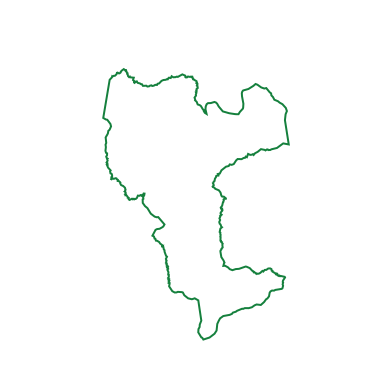 Lupososhi, Northern, Zambia, rotated 297°
{"feature_id": "96606910B11970238956391", "entity_name": "Lupososhi", "entity_type": "district", "adm_level": 2, "iso_a3": "ZMB", "parent_name": "Zambia", "parent_adm1": "Northern", "projection": "orthographic", "projection_center": [29.571, -10.656], "detail": "fine", "context": "isolated", "style": "outline", "palette": "green", "viewbox_px": 384, "rotation_deg": 297, "n_neighbors": 0, "source": "geoboundaries", "source_scale": "gbopen_adm2", "svg_char_len": 6083}
<svg xmlns="http://www.w3.org/2000/svg" viewBox="0 0 384 384"><g transform="rotate(297 192 192)"><path d="M278.3,256.6L298.2,242.2L303.8,240.1L307.2,239.8L309.5,237.4L311.3,232.7L311.4,229.5L311.9,227.4L311.6,223.5L313.4,221.0L314.1,218.9L315.8,217.7L316.1,216.0L318.3,211.0L317.0,209.4L316.6,206.2L317.3,201.6L317.1,199.6L314.4,198.5L309.4,195.5L305.7,191.5L304.4,191.2L302.7,191.5L300.0,193.1L294.0,197.7L290.6,199.2L289.4,199.5L285.1,198.3L282.4,198.1L281.0,195.2L279.1,189.5L277.8,182.9L280.3,177.0L282.1,174.3L282.6,172.7L282.4,171.1L279.8,168.4L278.4,165.9L276.9,165.2L274.5,165.4L271.9,166.4L268.2,169.5L268.4,167.4L269.5,165.7L270.4,165.4L270.5,164.3L272.6,161.0L272.9,159.5L272.6,157.3L274.5,155.2L275.1,153.1L275.5,153.1L277.3,151.4L279.7,151.8L280.4,151.2L281.9,151.0L282.7,150.1L283.4,150.6L284.5,149.6L285.0,149.9L286.1,149.3L287.3,149.9L288.7,148.9L288.9,148.1L289.8,148.2L290.6,147.3L291.0,147.6L291.6,146.9L291.4,146.4L292.0,146.4L292.8,145.7L293.0,142.4L293.4,141.9L293.1,141.6L294.8,140.0L294.1,139.4L294.4,138.7L293.6,137.9L293.1,136.0L292.1,135.7L291.7,134.5L291.3,134.5L291.3,134.0L292.6,133.2L292.4,130.0L288.1,127.1L288.0,126.2L286.8,125.1L285.7,123.2L285.9,121.3L283.9,121.3L283.4,119.6L281.8,119.3L282.0,119.0L280.1,117.7L278.8,115.7L277.2,114.4L273.8,113.4L272.8,112.2L271.5,112.2L270.8,110.6L269.4,109.7L268.4,108.4L268.6,107.4L267.7,106.3L266.7,105.8L265.7,104.3L266.0,103.1L264.3,100.1L265.3,98.4L264.9,97.5L265.1,96.4L264.6,94.0L265.5,92.6L264.6,92.0L264.6,91.5L263.2,91.3L263.3,90.6L264.7,90.0L265.0,88.6L267.4,88.2L266.1,84.8L266.6,84.2L265.8,83.7L266.3,82.3L268.3,80.8L268.0,80.5L269.2,79.5L269.5,78.3L270.1,78.4L270.7,77.8L270.2,76.8L270.5,75.4L268.5,74.4L266.9,73.9L266.2,74.2L264.9,73.6L264.5,73.1L264.6,71.5L264.1,71.0L262.6,71.3L260.5,70.5L259.8,69.3L258.7,68.8L258.8,68.4L257.7,68.6L254.6,67.7L217.7,79.3L217.5,82.3L217.9,83.7L215.6,88.4L213.7,90.1L210.1,90.3L208.5,89.7L205.9,90.5L201.4,90.3L196.8,93.3L194.9,93.5L192.9,94.9L189.4,96.2L187.9,97.6L187.9,98.8L186.2,99.6L184.6,99.5L183.5,100.7L183.4,101.6L182.8,101.4L181.6,102.6L179.4,102.5L179.2,103.6L178.5,103.6L178.0,104.3L177.6,103.8L175.6,106.2L174.3,109.7L173.3,109.6L171.6,110.9L171.7,112.1L170.7,113.2L169.7,113.7L169.1,113.4L168.3,113.6L168.3,114.1L166.8,114.1L166.8,114.6L168.1,115.0L168.2,116.3L169.6,117.7L169.8,118.5L169.2,119.4L169.2,120.4L168.1,120.8L168.5,122.1L167.9,123.9L167.0,124.2L166.0,125.7L166.1,128.0L165.7,129.1L165.3,128.9L165.7,129.3L165.4,130.3L163.8,131.8L163.2,131.6L162.1,132.3L161.8,132.0L161.4,133.1L160.2,133.4L160.1,133.9L159.7,133.7L159.7,134.2L158.9,134.3L159.2,135.1L158.9,136.0L158.5,136.9L157.7,137.3L158.0,138.3L156.7,139.0L156.6,140.0L158.8,141.6L158.6,142.5L159.3,142.9L159.2,143.8L159.9,144.1L160.2,145.0L161.7,145.6L164.2,145.4L164.7,146.8L165.8,147.5L165.7,149.1L166.2,148.8L166.3,149.4L167.0,149.2L167.3,149.7L168.7,149.6L169.0,150.4L167.5,150.9L165.2,150.8L163.8,151.8L163.0,151.4L159.9,153.1L158.1,156.5L157.4,159.6L154.0,165.1L153.1,169.9L153.5,172.1L154.3,173.3L150.6,182.2L148.3,182.1L147.2,181.6L144.5,179.8L143.1,177.7L141.7,176.7L135.1,176.6L135.1,178.3L133.5,179.8L133.7,180.6L132.3,181.9L132.7,183.1L132.5,185.5L131.6,187.0L131.2,189.3L130.1,189.9L130.4,190.2L130.0,190.2L129.9,190.8L130.4,191.1L128.0,193.0L127.7,193.9L126.3,194.7L123.4,197.8L123.0,199.1L120.5,199.1L119.3,200.5L118.8,200.3L117.7,201.1L117.0,201.0L116.7,202.0L116.0,202.0L115.4,202.5L115.5,203.2L114.7,204.4L113.8,203.6L113.2,204.2L113.3,205.1L112.7,205.7L111.5,205.4L109.9,207.4L107.6,208.3L107.7,208.9L105.8,209.9L104.5,209.7L104.1,211.1L103.3,210.8L102.9,211.9L102.0,211.6L101.3,212.9L100.3,212.5L100.1,213.7L97.6,214.4L94.7,219.4L94.6,222.2L95.5,223.8L96.6,224.7L98.2,228.5L98.3,229.5L96.5,232.0L95.5,236.8L96.4,240.6L98.5,242.7L98.3,246.8L81.6,258.7L77.4,259.1L75.1,260.1L72.8,260.0L69.8,261.3L66.7,266.3L66.8,267.3L65.7,269.1L70.3,273.7L75.9,276.4L79.7,276.8L86.0,274.4L89.6,274.3L92.2,274.4L95.7,276.2L99.6,281.3L101.5,282.9L103.1,283.2L105.2,285.4L106.5,286.0L110.8,289.7L111.0,290.5L112.6,291.9L114.2,295.2L116.5,297.7L119.4,299.2L121.1,300.6L122.6,304.6L126.7,306.2L130.0,306.7L131.3,307.5L134.0,308.0L137.6,306.9L139.1,307.1L140.5,308.0L141.4,309.9L142.6,310.7L146.4,315.9L147.2,316.3L149.9,315.7L150.8,314.7L152.7,314.3L153.0,313.7L154.4,313.3L158.1,313.7L158.5,313.1L157.4,308.9L157.0,308.7L157.2,307.7L156.6,307.5L156.6,305.9L157.4,305.7L157.9,304.9L157.8,304.5L157.4,304.6L156.8,304.0L157.4,303.2L157.6,299.9L158.3,299.5L158.1,298.7L159.4,297.7L159.4,296.3L158.4,294.6L156.4,293.6L155.6,292.2L153.5,291.6L153.8,290.8L153.3,290.4L151.0,289.6L149.7,288.7L148.9,287.6L148.8,286.5L148.3,286.4L149.0,283.8L148.5,283.4L149.2,282.5L149.1,281.7L150.4,278.0L150.2,274.5L149.9,273.6L144.9,268.8L143.2,266.0L140.7,263.5L140.4,260.7L141.2,258.2L141.3,254.9L140.4,253.5L143.3,252.8L143.8,253.0L145.3,251.2L147.3,247.7L151.9,244.3L152.7,244.0L154.3,244.3L154.8,244.0L156.5,244.5L158.7,243.0L159.9,242.8L160.5,241.3L160.9,241.3L160.9,240.4L161.7,240.0L161.6,239.4L164.9,237.9L165.0,237.5L166.8,237.0L167.4,236.2L168.7,235.7L168.9,234.8L172.3,233.9L174.2,234.7L174.4,233.8L176.0,232.2L176.3,231.1L177.6,229.9L179.8,229.8L181.0,228.4L183.0,228.4L183.4,227.9L185.2,228.7L185.6,227.3L186.7,226.9L189.3,227.5L190.0,227.1L189.8,226.7L190.8,226.3L190.4,225.4L191.1,224.7L193.5,225.1L196.6,224.3L197.0,224.5L197.5,224.2L198.7,224.3L199.7,223.5L200.7,223.9L201.3,225.2L201.7,225.1L202.3,222.5L201.6,220.9L202.1,219.8L204.5,217.6L205.7,215.1L205.4,211.2L206.0,210.1L205.9,208.3L206.2,207.9L208.0,208.3L209.4,206.6L210.0,206.9L211.1,206.6L212.1,207.1L214.2,206.4L216.2,206.6L217.3,206.3L217.8,206.6L218.6,208.1L219.4,207.9L219.9,207.0L221.1,208.4L224.7,208.4L230.0,210.8L231.8,212.9L233.7,213.1L234.2,215.0L235.8,216.5L240.3,217.0L242.1,217.7L243.8,221.3L245.8,222.6L246.5,223.7L247.9,223.8L247.9,225.1L251.4,224.7L251.5,227.0L252.5,228.5L253.4,229.1L253.0,230.1L255.2,230.6L257.6,232.3L261.5,234.0L262.5,237.6L262.4,238.6L264.0,239.5L264.3,240.2L264.0,240.9L264.9,242.6L266.1,243.4L269.8,247.7L276.7,251.2L278.3,256.6Z" fill="none" stroke="#15803d" stroke-width="2"/></g></svg>